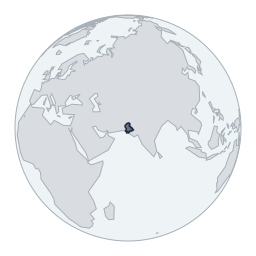 Sind highlighted on a globe, orthographic projection, rotated 345°
{"feature_id": "PAK-1114", "entity_name": "Sind", "entity_type": "Province", "adm_level": 1, "iso_a3": "PAK", "parent_name": "Pakistan", "parent_adm1": "", "projection": "orthographic", "projection_center": [68.493, 26.111], "detail": "fine", "context": "on_globe", "style": "filled", "palette": "slate", "viewbox_px": 256, "rotation_deg": 345, "n_neighbors": 0, "source": "natural_earth", "source_scale": "10m", "svg_char_len": 11736}
<svg xmlns="http://www.w3.org/2000/svg" viewBox="0 0 256 256"><g transform="rotate(345 128 128)"><circle cx="128" cy="128" r="113" fill="#eef3f6" stroke="#a8b0b8"/><path d="M157.1,19.2L159.9,20.0L165.3,21.8L162.1,20.8L174.0,25.2L180.6,28.5L171.6,24.2L169.5,23.4L173.2,25.2L171.8,24.8L172.8,25.6L170.8,25.1L165.7,23.0L164.4,22.7L167.0,24.0L166.7,24.6L163.0,22.7L162.1,23.6L153.5,21.0L145.1,17.5L138.8,16.8L126.0,15.6L125.6,15.8L120.5,15.9L118.2,16.3L116.5,16.2L116.1,16.6L118.0,16.6L118.5,16.8L117.3,17.1L115.0,17.1L115.2,16.9L113.9,17.0L113.2,16.9L112.9,17.2L110.1,17.2L111.0,17.7L107.3,18.2L106.0,18.1L108.5,17.4L110.8,16.7L120.1,15.6L129.4,15.4L138.7,15.9L148.0,17.1L157.1,19.2ZM96.2,19.9L99.2,19.2L96.2,20.2L91.6,21.6L89.0,22.4L86.9,23.2L87.3,23.4L80.4,26.0L72.3,30.3L70.8,31.0L71.3,30.6L79.3,26.4L87.7,22.8L96.2,19.9ZM169.4,23.3L167.3,22.4L169.9,23.4L169.4,23.3ZM173.3,25.8L174.3,26.2L174.4,26.4L173.3,25.8ZM100.7,18.8L99.9,19.0L100.7,18.8ZM102.6,18.3L102.9,18.2L103.9,18.0L103.7,18.1L102.6,18.3ZM171.4,26.0L171.2,26.4L170.5,25.6L171.4,26.0ZM102.0,18.6L105.6,17.6L107.4,17.3L108.0,17.4L102.0,18.6ZM170.5,26.4L170.0,27.7L172.3,28.7L165.6,27.1L168.2,26.3L167.1,25.0L169.0,26.0L170.5,26.4ZM119.2,16.5L117.0,16.5L120.0,16.2L119.2,16.5ZM121.0,16.3L129.3,15.7L131.9,16.1L128.6,16.1L132.9,16.5L130.1,16.9L127.1,16.8L125.9,16.4L125.7,16.9L121.0,16.3ZM162.0,26.1L161.1,26.3L161.1,25.8L162.0,26.1ZM119.0,16.9L120.4,16.7L122.8,16.9L120.3,17.4L120.3,17.2L119.0,16.9ZM135.4,16.5L136.7,16.9L134.8,17.3L135.1,17.6L130.2,17.0L135.4,16.5ZM119.2,17.3L119.0,17.7L116.8,18.0L117.7,17.2L119.2,17.3ZM124.4,16.8L125.4,17.0L124.1,17.0L124.4,16.8ZM108.8,19.4L110.5,18.9L111.9,19.0L108.8,19.4ZM119.1,17.9L119.8,17.8L120.6,17.9L120.0,18.2L119.1,17.9ZM129.2,17.4L128.1,17.5L131.1,17.6L129.8,18.1L126.8,17.7L127.5,18.0L127.1,18.2L125.1,17.7L129.2,17.4ZM121.6,18.7L117.4,18.6L113.9,19.4L112.6,19.4L118.4,18.1L121.6,18.7ZM123.9,18.2L122.2,18.5L121.4,18.1L122.0,17.7L123.9,18.2ZM130.0,18.6L132.8,18.0L133.3,18.1L130.0,18.6ZM120.8,19.0L121.8,19.0L120.6,19.1L120.8,19.0ZM127.3,18.8L128.2,18.5L128.8,18.6L127.3,18.8ZM123.2,19.4L121.8,19.3L122.2,19.0L123.2,19.4ZM125.2,19.2L125.8,19.5L123.2,18.9L125.5,19.0L125.2,19.2ZM127.8,19.0L128.4,19.0L127.3,19.1L127.8,19.0ZM122.4,20.9L119.0,20.3L119.9,19.5L123.1,20.2L122.4,20.9ZM17.8,124.3L19.3,105.5L21.4,101.0L23.8,93.9L40.0,79.7L41.1,83.2L51.3,86.9L52.1,88.6L48.5,93.5L54.1,104.9L58.8,101.6L66.4,108.9L73.0,110.9L79.7,101.2L68.9,97.7L69.4,92.0L80.0,90.5L89.8,94.0L90.3,92.0L86.2,85.8L90.5,83.0L85.0,83.5L85.7,86.0L82.3,86.5L81.4,84.3L83.0,83.2L80.6,81.5L73.8,87.2L73.8,90.3L66.3,89.0L65.5,94.2L62.8,95.7L63.0,87.4L64.6,85.0L63.3,75.2L61.0,77.6L62.1,87.1L60.8,85.8L57.7,89.6L59.1,85.7L58.5,75.2L53.2,74.0L42.8,80.8L40.4,79.8L40.1,76.0L47.5,66.6L51.9,70.0L54.6,67.2L56.9,61.6L58.0,63.2L59.5,61.5L61.5,62.7L67.3,60.3L69.8,61.2L75.1,56.5L77.0,56.5L73.4,59.2L72.1,61.8L78.7,64.7L80.8,64.2L83.7,61.0L85.1,62.4L87.1,59.0L92.3,59.5L87.6,56.3L90.9,53.0L95.6,51.5L95.8,50.0L88.1,52.5L85.8,54.1L85.1,56.3L78.1,60.8L75.2,60.7L79.4,54.2L75.8,53.5L80.6,49.1L98.5,44.2L104.5,44.4L108.1,51.5L105.0,53.0L102.2,51.2L102.1,55.8L103.4,54.0L104.6,55.4L108.0,53.0L109.0,53.8L110.6,50.3L112.2,51.1L111.2,53.3L117.6,51.0L121.8,52.2L122.8,51.3L122.6,50.0L128.0,52.7L128.5,51.9L126.9,50.7L126.9,48.5L128.8,45.7L130.6,46.8L130.1,47.9L131.7,52.1L130.2,55.3L131.1,55.5L132.9,53.0L130.9,47.8L131.6,45.9L133.0,48.1L132.5,47.2L133.4,46.6L135.9,47.1L134.6,44.6L142.1,37.7L147.7,38.4L148.1,40.9L155.2,38.3L161.0,39.9L159.5,38.7L161.9,37.1L160.1,36.5L159.6,35.9L164.9,32.3L167.5,32.6L168.2,30.3L167.4,29.8L165.5,29.4L165.6,27.1L172.3,28.7L173.7,29.7L177.0,30.3L179.6,32.8L183.3,35.4L184.3,38.3L187.2,40.4L188.1,40.4L192.7,43.5L198.8,50.3L189.7,44.6L179.6,35.9L183.4,39.2L181.3,38.6L181.8,39.9L184.6,42.5L185.7,42.7L183.6,48.4L187.7,56.8L190.5,55.2L193.9,57.0L201.0,66.7L202.3,82.9L206.9,86.7L208.3,89.8L206.8,92.6L204.7,88.1L201.7,87.3L200.7,84.5L197.6,87.9L196.1,84.2L194.4,89.0L196.9,91.6L200.2,89.7L199.4,95.9L205.0,100.0L207.5,106.3L204.4,119.8L198.6,125.2L198.6,127.4L195.3,125.8L192.4,130.9L199.7,141.0L199.9,144.4L194.5,152.2L194.1,149.8L185.4,145.6L184.8,153.8L191.5,158.9L193.8,165.9L189.1,164.7L186.6,158.6L183.5,156.9L183.7,149.9L179.7,140.2L174.9,143.0L174.6,138.8L168.5,131.0L161.2,134.7L150.2,147.0L149.8,157.6L145.5,162.5L137.5,147.6L135.6,137.2L131.6,138.2L124.2,129.3L108.5,127.9L107.2,125.0L104.0,126.0L98.9,122.6L97.3,117.9L93.8,117.7L98.4,130.2L102.3,130.5L106.8,126.4L107.3,130.7L112.3,134.9L103.4,144.1L81.5,149.7L81.0,141.5L72.6,116.8L73.8,114.4L73.8,114.1L73.8,113.6L71.4,117.2L70.5,112.4L73.2,129.2L73.0,136.0L81.2,150.1L80.0,151.1L83.2,154.2L95.1,153.2L94.8,155.8L88.2,166.8L73.1,179.3L76.0,189.9L76.5,197.9L69.2,201.0L72.0,207.3L68.5,208.1L69.7,211.3L68.1,213.5L64.6,214.7L56.5,211.1L54.3,208.1L47.6,200.4L37.7,183.0L37.9,177.0L36.5,171.0L30.8,155.0L31.9,148.3L30.8,144.3L28.3,143.2L27.2,138.4L25.9,137.2L18.8,131.9L17.8,124.3ZM31.8,88.9L30.7,90.8L31.8,88.9ZM98.5,103.4L105.4,105.1L105.1,97.9L107.8,98.1L106.7,95.7L105.1,97.4L102.9,91.1L106.9,89.8L107.5,86.9L105.2,86.2L98.2,89.7L101.3,98.6L98.5,101.0L98.5,103.4ZM69.5,31.8L70.3,31.3L68.7,32.3L64.9,34.7L62.6,36.3L69.5,31.8ZM65.5,51.8L65.2,53.5L62.9,55.0L59.8,54.6L63.0,52.3L65.5,51.8ZM65.2,55.5L70.3,49.5L72.4,49.8L70.3,50.6L71.3,51.4L68.2,52.9L65.3,59.3L63.1,61.2L58.5,58.9L61.2,58.5L61.4,56.8L65.2,55.5ZM79.3,36.7L81.5,34.9L83.3,37.7L81.1,39.1L77.8,38.6L78.6,36.6L79.3,36.7ZM102.4,19.3L103.2,18.9L103.8,18.9L103.7,19.1L102.4,19.3ZM109.5,19.2L99.9,20.9L100.3,20.5L94.3,22.4L92.9,22.2L96.8,20.9L91.2,22.4L94.2,21.2L90.3,22.4L99.2,19.6L101.7,18.8L99.5,19.7L100.7,19.8L102.0,19.6L107.4,18.7L113.4,17.4L115.5,17.6L115.5,18.1L114.4,18.4L113.3,18.1L112.6,18.8L110.3,18.7L109.5,19.2ZM113.7,27.7L113.0,26.6L111.2,29.2L108.8,28.6L108.7,28.9L106.0,29.1L102.7,30.0L101.9,29.6L100.9,30.2L99.1,30.4L97.5,31.1L95.7,30.6L93.5,31.5L93.9,30.8L90.7,32.5L92.2,31.0L90.0,31.4L89.7,32.6L83.6,29.5L79.8,29.9L75.9,31.1L79.0,28.8L84.7,26.3L91.2,24.5L94.3,24.7L95.2,23.7L96.9,23.6L95.5,24.4L98.7,23.2L99.8,23.4L105.5,22.6L109.5,21.1L111.7,20.9L110.7,21.6L113.6,21.0L113.1,22.2L114.7,22.2L115.8,23.5L113.0,25.1L114.9,25.0L115.9,26.2L113.7,27.7ZM122.6,21.3L119.7,23.0L117.0,23.6L116.2,21.0L114.8,20.9L114.2,19.6L118.1,18.9L117.9,19.3L118.7,19.6L117.1,19.7L118.9,19.8L118.7,20.4L120.1,20.7L118.8,21.1L122.6,21.3ZM54.6,87.4L55.5,88.2L57.4,88.9L55.4,91.4L54.6,87.4ZM54.1,80.2L55.1,80.4L53.3,84.0L52.3,83.3L54.1,80.2ZM57.3,77.6L55.4,80.2L55.8,78.4L57.3,77.6ZM74.5,59.3L75.9,59.4L75.4,60.3L73.9,61.2L74.5,59.3ZM107.9,36.6L107.9,35.6L108.7,35.4L110.8,33.2L112.8,33.7L112.2,35.2L107.9,36.6ZM76.9,102.4L74.1,103.8L73.5,102.6L74.6,102.3L76.9,102.4ZM63.6,97.5L65.9,100.0L63.0,98.2L63.6,97.5ZM110.4,36.8L111.0,35.8L111.6,36.7L110.4,36.8ZM114.3,34.0L115.2,34.8L113.3,33.5L114.3,34.0ZM128.6,236.7L130.3,237.2L128.3,237.2L128.6,236.7ZM94.4,200.1L90.7,212.5L85.7,211.6L83.5,207.5L83.9,199.7L89.3,198.3L91.6,194.9L94.4,200.1ZM213.7,175.9L215.8,175.4L215.6,175.9L213.7,175.9ZM211.6,175.3L214.1,174.4L211.0,176.5L211.6,175.3ZM215.0,174.0L217.6,172.0L218.7,170.8L218.4,171.8L215.0,174.0ZM209.8,176.0L199.4,179.4L195.1,179.4L196.3,177.5L203.3,175.8L209.8,176.0ZM195.9,177.5L189.1,174.5L178.6,162.4L182.4,161.9L193.2,168.3L192.5,169.9L196.7,172.6L195.9,177.5ZM211.8,163.7L211.0,168.4L205.5,170.0L202.9,170.1L201.1,165.0L202.1,161.8L204.3,161.2L211.9,148.3L214.8,149.7L212.6,154.9L214.9,157.9L211.8,163.7ZM150.4,158.6L153.5,164.5L151.0,165.7L150.4,158.6ZM214.3,140.0L211.7,145.7L213.8,138.6L214.3,140.0ZM215.1,133.7L215.7,135.9L214.1,134.2L215.1,133.7ZM199.2,130.6L196.9,131.8L196.5,130.2L199.2,127.7L199.2,130.6ZM209.3,111.8L210.6,116.5L210.6,118.3L208.9,115.8L209.3,111.8ZM127.9,41.6L122.7,43.8L120.3,46.2L120.9,48.6L117.8,46.4L121.5,42.7L127.9,41.6ZM140.1,38.0L139.5,36.2L141.2,36.6L141.6,37.0L140.1,38.0ZM138.7,37.2L135.3,36.0L135.9,34.7L138.5,35.9L138.7,37.2ZM122.7,35.8L121.0,36.4L120.6,35.6L122.7,35.8ZM214.9,199.7L215.2,199.3L213.5,201.3L216.5,197.6L213.4,201.4L214.5,199.6L213.5,200.1L198.1,212.4L195.6,213.1L198.1,210.3L199.3,204.1L200.3,203.8L201.9,198.9L212.0,190.6L219.8,178.9L223.3,177.3L227.2,168.9L230.2,167.0L228.2,172.9L229.9,173.6L234.4,160.1L232.2,170.7L231.9,171.5L228.4,179.0L224.4,186.3L219.9,193.2L214.9,199.7ZM218.8,174.0L221.9,169.2L223.4,168.1L218.8,174.0ZM237.6,149.7L237.7,153.2L237.0,154.8L236.4,153.1L234.9,157.8L232.1,160.3L233.1,157.6L233.0,154.8L229.4,156.5L228.7,155.1L230.2,152.7L227.5,152.9L230.5,149.9L231.5,153.3L233.1,148.8L235.3,147.5L237.1,146.7L238.0,148.0L237.6,149.7ZM230.0,159.2L230.5,158.8L229.9,160.4L230.0,159.2ZM239.7,142.4L239.9,140.5L239.9,141.3L239.7,142.4ZM238.3,146.8L239.5,141.3L239.7,140.9L238.8,146.2L238.3,146.8ZM239.5,139.6L239.8,139.1L239.8,140.5L239.7,141.3L239.5,139.6ZM223.9,159.4L223.7,160.6L222.8,160.2L223.9,159.4ZM225.1,158.0L227.5,157.8L224.8,159.2L225.1,158.0ZM216.4,158.3L217.3,160.7L220.1,157.6L217.9,161.2L219.6,164.8L218.8,166.8L217.2,162.8L216.3,168.2L215.0,168.6L214.5,164.6L215.9,158.7L217.2,155.9L222.2,152.7L216.4,158.3ZM225.1,154.7L224.4,151.8L224.9,149.4L225.7,150.6L225.1,154.7ZM221.9,145.1L219.5,142.3L217.7,144.6L221.0,137.5L222.8,141.4L221.9,145.1ZM219.3,137.6L217.7,139.7L219.1,135.8L219.3,137.6ZM217.1,138.7L216.5,136.1L218.0,135.8L217.1,138.7ZM220.3,137.3L219.9,132.6L221.0,134.9L220.3,137.3ZM214.9,130.4L218.7,133.4L214.3,133.3L212.4,124.7L214.2,123.7L214.9,130.4ZM213.6,91.3L212.2,89.1L213.3,87.8L213.9,89.7L213.6,91.3ZM215.5,82.5L213.1,86.8L210.9,90.6L212.4,91.2L213.4,95.7L210.3,92.6L210.6,87.0L212.5,84.9L211.2,81.3L211.6,78.2L209.1,74.2L208.8,72.1L211.7,75.1L215.5,82.5ZM207.9,72.7L203.6,65.7L206.4,65.3L207.9,66.8L208.7,70.1L207.2,70.0L207.9,72.7ZM203.4,64.0L201.9,63.9L192.4,55.5L191.1,53.7L199.8,59.5L198.8,59.9L200.7,62.1L203.4,64.0ZM162.2,26.8L161.2,26.3L162.4,26.5L162.2,26.8ZM158.5,35.6L158.0,34.7L159.4,34.8L158.5,35.6ZM157.4,32.5L156.2,32.9L156.7,32.0L157.4,32.5ZM153.5,34.2L155.3,32.9L154.7,34.8L153.5,34.2Z" fill="#d9dde1" stroke="#a8b0b8" stroke-width="1"/><path d="M130.9,124.5L130.7,125.1L130.5,125.3L130.4,125.4L130.2,125.6L129.9,125.9L129.8,126.0L129.7,126.6L129.8,126.8L130.0,126.9L130.2,127.0L130.3,127.1L130.7,127.0L130.8,127.1L130.9,127.4L130.9,127.5L130.9,127.8L130.8,128.0L130.8,128.3L130.9,128.5L131.0,128.6L131.1,128.8L131.3,128.8L131.5,128.8L131.8,128.8L131.8,129.3L131.9,129.5L132.0,129.5L132.2,129.8L132.3,130.1L132.4,130.4L132.5,130.5L132.6,130.8L132.4,130.9L132.4,131.0L132.5,131.2L132.6,131.3L132.4,131.4L132.2,131.5L131.8,131.6L131.7,131.6L131.7,131.4L131.4,131.3L131.2,131.4L131.1,131.5L130.9,131.5L130.7,131.8L130.3,131.8L130.2,131.8L130.0,131.6L129.9,131.6L129.4,131.6L129.2,131.6L128.9,131.6L128.7,131.5L128.4,131.6L128.4,132.2L127.9,132.2L127.7,132.3L127.7,132.2L127.7,132.3L127.4,132.5L127.4,132.3L127.4,132.5L127.2,132.7L127.3,132.5L127.2,132.5L127.2,132.4L127.2,132.5L126.9,132.4L126.8,132.5L126.7,132.5L126.4,132.5L126.5,132.4L126.4,132.4L126.2,132.4L126.3,132.3L126.2,132.3L126.2,132.2L126.3,132.1L126.2,132.0L125.9,132.0L125.9,131.9L125.9,131.7L126.0,131.5L125.9,131.4L125.8,131.2L125.7,131.2L125.8,131.0L125.7,130.9L125.7,130.7L125.8,130.7L125.7,130.6L125.4,130.6L125.2,130.5L124.9,130.5L124.7,130.5L124.7,130.4L124.8,130.4L125.1,130.1L125.3,130.1L125.4,129.9L125.5,129.7L125.6,129.4L125.7,129.2L125.8,129.2L126.0,128.9L126.1,128.6L126.1,128.3L126.2,128.1L125.7,127.1L125.6,126.9L125.6,125.9L125.6,125.7L125.7,125.3L125.7,125.2L125.8,125.1L125.9,124.9L126.0,124.8L126.1,124.6L126.4,124.5L126.6,124.4L127.0,124.2L127.5,123.8L127.6,123.7L127.8,123.6L127.9,123.4L128.0,123.4L128.5,123.4L129.3,123.3L129.5,123.3L129.7,123.2L129.8,123.2L129.9,123.3L130.1,123.3L130.2,123.5L130.3,123.5L130.4,124.1L130.5,124.1L130.6,124.3L130.9,124.5Z" fill="#64748b" stroke="#1e293b" stroke-width="1.5"/></g></svg>